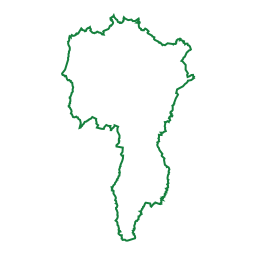 Bangli, Bali, Indonesia (Mercator projection)
{"feature_id": "22746128B25936754669599", "entity_name": "Bangli", "entity_type": "district", "adm_level": 2, "iso_a3": "IDN", "parent_name": "Indonesia", "parent_adm1": "Bali", "projection": "mercator", "projection_center": [115.362, -8.333], "detail": "fine", "context": "isolated", "style": "outline", "palette": "green", "viewbox_px": 256, "rotation_deg": 0, "n_neighbors": 0, "source": "geoboundaries", "source_scale": "gbopen_adm2", "svg_char_len": 5802}
<svg xmlns="http://www.w3.org/2000/svg" viewBox="0 0 256 256"><path d="M73.1,117.1L74.7,117.3L76.3,116.6L77.0,117.4L77.8,117.4L78.4,118.9L80.0,119.9L80.8,123.1L79.6,127.9L80.7,127.5L81.2,126.5L82.1,125.9L82.3,125.1L83.7,123.8L84.7,121.9L86.5,121.5L87.6,120.4L88.4,120.3L89.1,119.4L91.0,118.6L92.3,117.0L96.2,118.9L96.0,120.1L96.6,122.4L96.3,123.6L98.2,125.2L96.9,127.6L101.5,128.8L103.8,128.9L104.3,127.2L106.3,125.0L108.2,125.9L110.4,126.0L110.0,127.3L111.0,128.6L110.8,130.1L111.3,130.1L111.8,128.9L113.5,127.5L114.6,126.0L114.6,125.3L118.1,126.7L117.4,128.5L117.4,131.2L119.5,135.4L119.5,138.1L119.0,138.4L118.8,139.4L119.3,140.8L118.8,141.0L119.1,142.7L116.4,145.3L116.5,146.5L122.8,147.6L122.5,152.0L120.9,154.2L121.7,155.6L123.1,155.6L122.9,158.5L122.2,161.0L120.7,164.4L120.4,165.5L120.6,166.2L119.9,166.9L119.9,167.8L119.2,169.4L119.8,172.5L119.2,172.8L119.6,173.6L119.4,175.7L118.5,176.3L118.2,178.0L117.3,178.8L117.4,179.8L116.8,179.9L116.3,181.4L115.0,183.0L114.8,184.2L113.4,185.4L112.7,187.0L111.6,187.2L112.2,188.4L111.8,189.0L112.5,189.9L112.1,190.5L113.6,191.0L113.5,193.6L115.4,196.5L115.9,198.0L115.1,200.2L116.1,201.0L116.4,203.5L116.2,203.6L116.9,204.0L117.4,205.6L116.9,207.2L116.0,207.8L116.1,209.2L116.8,210.2L117.6,212.7L117.3,215.0L117.7,215.3L117.7,217.0L117.2,218.6L115.6,220.6L116.9,221.6L117.4,222.6L117.5,225.1L118.2,225.6L119.0,228.9L118.6,229.5L118.8,230.7L120.0,230.9L120.4,231.6L118.8,232.1L118.5,233.7L120.0,235.1L121.8,235.3L121.5,236.6L121.9,237.3L121.6,238.6L122.4,239.1L122.6,239.9L124.9,239.7L126.1,240.6L127.6,240.6L135.0,238.3L135.2,237.5L134.9,236.0L134.4,235.1L133.6,234.6L134.0,233.8L132.7,232.7L133.4,230.9L133.0,230.5L134.2,229.9L134.5,229.1L134.0,228.6L134.7,228.1L134.2,225.9L135.1,223.6L135.2,222.0L136.2,220.8L137.1,220.9L137.9,219.5L138.5,219.3L138.5,216.5L139.3,216.5L139.5,215.8L140.8,214.6L140.9,213.7L141.5,213.8L141.2,212.3L140.1,211.5L140.7,211.4L141.6,210.2L141.9,209.0L142.6,208.6L143.1,206.8L143.8,206.6L145.1,203.4L145.8,202.7L150.2,203.5L150.7,206.2L151.3,206.7L153.9,203.5L154.6,203.5L155.3,202.5L159.4,204.0L160.6,204.1L161.3,203.8L160.7,202.9L161.5,202.1L161.1,200.3L161.4,200.1L161.3,199.4L162.3,199.7L161.4,198.7L162.1,198.6L161.8,197.7L163.0,197.9L162.9,197.0L164.4,196.8L164.6,195.5L165.4,194.7L164.7,194.0L165.7,192.6L166.4,192.6L166.4,192.0L166.0,191.7L166.5,191.3L166.5,190.7L167.3,190.1L167.3,189.6L166.6,189.5L166.1,188.7L167.0,188.6L167.3,187.6L168.1,187.4L168.0,185.0L167.2,184.5L167.8,183.3L168.4,183.1L167.9,181.2L168.4,179.8L167.7,179.4L167.5,177.9L168.0,175.0L168.8,174.0L168.6,173.2L169.1,172.4L168.6,171.8L168.8,170.6L169.4,169.4L168.7,167.5L167.6,166.8L166.9,167.0L166.9,166.4L164.9,164.8L164.0,159.9L164.5,158.5L161.8,156.0L161.7,155.3L162.4,153.9L159.6,150.3L158.7,147.7L158.0,147.1L157.2,144.9L157.8,143.5L157.3,142.4L159.1,141.4L158.8,140.7L159.0,139.2L158.4,138.4L159.0,137.4L158.9,134.8L161.6,135.0L161.7,133.8L160.9,132.7L163.0,132.7L164.0,131.8L165.8,131.1L165.0,129.1L165.2,127.6L164.7,126.4L165.3,123.5L164.9,122.1L166.3,122.0L167.5,121.2L168.8,122.0L169.0,121.2L170.2,120.1L169.7,119.2L169.7,118.3L169.3,118.6L168.9,118.3L169.3,117.2L170.4,116.2L171.2,116.3L171.2,115.9L172.2,116.2L172.4,115.4L171.1,114.3L171.5,113.6L170.4,112.9L170.7,112.5L170.7,111.7L171.9,111.1L172.7,110.0L172.7,106.7L172.4,105.7L173.5,105.1L173.5,104.5L174.3,103.7L174.1,103.1L175.8,98.4L178.0,94.7L177.1,93.3L176.2,93.1L177.1,89.4L183.0,86.3L185.2,83.8L186.5,83.0L187.8,81.4L187.9,80.7L191.2,80.1L193.9,78.1L193.3,77.6L193.8,76.8L193.3,76.7L193.0,74.9L191.5,75.0L189.6,76.2L187.6,77.0L187.1,74.9L187.9,73.3L185.6,69.7L185.7,65.0L182.4,61.2L181.5,60.9L183.2,58.8L183.5,57.6L184.8,56.8L186.8,52.4L187.6,51.9L188.7,50.6L190.3,50.0L190.9,49.4L189.9,46.5L189.2,45.6L187.9,45.2L187.5,43.7L185.7,43.7L185.1,44.2L185.0,43.6L183.7,42.9L184.0,41.3L183.3,41.1L182.8,41.3L182.6,40.7L180.8,40.0L180.2,40.2L180.6,38.9L180.0,38.6L178.4,39.4L177.9,39.3L176.6,40.4L176.6,41.1L176.0,42.0L176.3,42.9L175.6,44.0L174.0,43.8L173.3,44.5L172.6,44.0L167.6,43.3L165.0,45.2L162.9,44.7L162.4,45.1L160.9,43.1L159.7,42.9L159.6,42.3L158.7,42.4L158.2,41.5L154.8,39.9L154.0,39.0L154.4,37.3L152.3,36.4L152.0,35.6L147.8,33.3L147.5,32.7L148.6,31.3L146.5,29.3L145.2,28.6L143.8,30.3L143.1,30.0L142.3,30.3L141.1,29.8L141.0,28.8L139.5,28.0L138.9,26.7L138.7,23.9L139.7,22.8L139.7,22.2L139.3,21.8L137.3,22.8L136.7,22.7L137.9,21.9L138.4,20.9L138.8,19.3L138.6,18.6L135.2,21.0L132.8,21.1L131.5,19.6L128.4,20.1L127.7,19.9L124.9,18.4L123.9,17.3L123.5,18.4L123.8,19.9L123.2,20.5L123.3,21.3L121.6,22.9L120.0,23.0L119.8,22.2L118.7,22.3L117.9,21.9L117.2,19.9L116.2,19.4L114.2,17.0L113.7,15.4L112.8,16.9L112.2,16.9L110.5,18.1L111.1,18.7L110.6,19.7L111.1,20.3L111.9,20.1L111.9,20.9L112.7,21.4L113.1,22.7L112.9,23.6L111.2,25.7L110.7,25.4L109.8,26.1L109.3,27.7L108.4,29.0L103.8,30.9L103.2,31.5L103.7,32.4L103.3,33.7L103.7,34.6L102.1,34.4L100.8,32.9L98.5,32.4L97.6,31.7L97.1,31.7L95.9,32.7L95.1,32.7L94.6,33.2L92.5,32.7L90.3,30.5L90.9,29.2L90.1,28.1L89.9,27.1L88.7,28.1L88.3,27.9L87.5,28.3L86.3,29.5L86.1,30.8L84.9,31.3L84.1,30.4L82.1,29.9L82.0,29.1L81.3,28.4L78.2,33.5L76.5,33.4L75.8,34.3L76.2,34.6L74.6,35.6L72.9,35.9L71.8,35.0L70.8,36.3L70.8,37.4L69.6,36.4L69.1,38.4L69.3,39.8L68.9,41.0L68.1,41.7L68.4,42.1L68.1,43.2L68.5,45.0L69.7,47.2L69.8,48.8L69.7,50.1L68.9,51.6L69.0,52.9L68.5,53.9L68.6,56.5L68.0,57.8L68.2,59.4L65.1,69.6L62.1,73.5L62.3,74.6L62.7,75.0L63.7,75.1L64.7,76.1L64.9,75.8L66.0,75.9L67.0,79.1L67.8,80.2L69.3,80.0L69.5,80.6L70.8,80.9L70.8,81.9L71.3,82.4L72.2,82.7L72.6,86.0L73.2,87.2L72.6,89.5L72.8,91.6L71.5,93.2L71.6,93.8L70.3,97.2L69.7,97.3L69.6,98.0L70.3,98.6L70.4,101.2L70.0,102.0L70.1,103.2L69.5,103.5L69.4,105.4L68.7,105.8L68.7,106.6L70.0,107.6L70.2,108.4L71.2,109.8L71.6,111.5L70.9,113.5L71.8,114.1L73.1,117.1Z" fill="none" stroke="#15803d" stroke-width="2"/></svg>